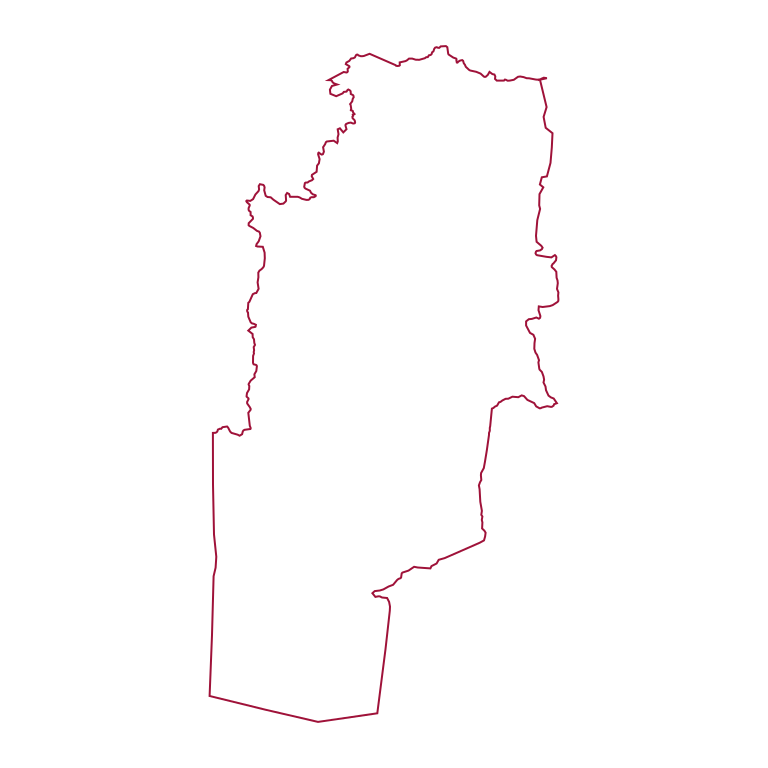 Kadjebi, Volta, Ghana (Mercator projection)
{"feature_id": "2480657B29295475961782", "entity_name": "Kadjebi", "entity_type": "district", "adm_level": 2, "iso_a3": "GHA", "parent_name": "Ghana", "parent_adm1": "Volta", "projection": "mercator", "projection_center": [0.51, 7.718], "detail": "fine", "context": "isolated", "style": "outline", "palette": "rose", "viewbox_px": 768, "rotation_deg": 0, "n_neighbors": 0, "source": "geoboundaries", "source_scale": "gbopen_adm2", "svg_char_len": 6006}
<svg xmlns="http://www.w3.org/2000/svg" viewBox="0 0 768 768"><path d="M539.9,79.4L537.3,79.7L535.5,79.5L529.2,78.3L526.6,78.2L523.6,77.1L520.1,76.5L518.0,76.8L513.8,79.8L509.7,80.6L507.6,80.7L505.7,79.7L504.8,79.6L504.1,80.5L503.4,80.6L496.8,80.6L495.0,78.9L495.3,76.4L494.4,74.5L492.4,74.1L489.5,71.9L487.8,74.9L485.7,76.8L484.7,76.9L483.9,76.6L480.6,73.6L476.2,71.8L470.2,70.5L469.1,69.9L465.8,66.8L464.9,64.7L463.8,63.3L463.1,60.8L462.2,60.1L460.0,60.6L458.4,61.6L457.5,62.6L456.8,62.5L456.4,60.5L456.5,59.1L456.0,58.5L453.3,57.6L448.6,54.5L448.2,53.7L447.3,47.2L445.9,46.1L440.7,46.4L439.3,47.8L438.1,47.8L436.7,47.2L435.2,47.6L434.3,48.7L433.4,51.4L432.1,52.3L431.6,54.1L430.6,55.0L428.9,55.3L427.8,57.1L426.2,57.2L424.9,58.2L419.3,59.8L415.7,59.7L412.2,58.6L409.0,58.6L407.0,60.3L405.5,61.1L399.7,62.4L399.8,65.3L399.1,65.8L397.5,66.0L396.1,65.8L395.7,65.2L369.6,53.8L363.8,56.0L362.2,56.2L360.8,56.2L358.4,55.4L357.6,54.6L356.6,54.7L356.0,55.2L354.9,57.4L353.4,58.2L351.1,58.5L349.3,60.9L346.4,62.5L345.8,64.1L349.3,66.2L349.5,66.7L349.4,67.2L347.6,68.8L347.8,71.4L347.3,72.2L346.4,72.5L343.7,72.0L328.5,80.1L330.9,80.2L332.0,81.0L332.7,82.4L334.3,83.5L337.2,84.5L331.9,86.0L329.9,89.7L330.4,93.8L336.2,96.2L342.6,93.4L343.8,91.9L346.5,91.6L347.6,89.9L348.3,89.5L349.8,90.3L350.6,91.2L350.8,94.0L353.0,95.1L353.4,95.6L353.7,97.2L352.8,98.7L352.2,101.4L350.1,104.1L350.6,104.8L351.2,108.5L350.8,110.2L351.2,110.5L352.3,110.6L352.8,111.0L353.2,112.8L354.4,113.7L354.5,114.2L352.8,114.8L353.1,115.9L352.4,116.7L352.6,118.2L354.4,120.0L354.9,121.1L355.1,122.5L354.8,123.2L353.8,123.5L352.7,123.4L350.9,122.6L348.6,122.9L346.1,124.0L345.5,124.9L345.5,125.7L346.5,129.2L343.3,132.4L339.9,128.3L337.7,129.3L338.5,134.2L337.6,137.6L337.8,141.4L337.2,143.1L333.7,140.7L326.8,141.5L325.9,142.2L325.1,144.2L323.1,147.2L323.9,151.7L322.9,154.2L321.8,154.6L320.6,154.0L318.8,152.6L318.3,153.0L318.1,154.3L319.6,159.1L318.9,163.3L317.1,165.6L316.6,171.8L312.0,174.8L311.7,176.2L313.2,179.0L312.0,180.2L309.0,181.4L307.6,182.5L305.6,182.6L304.9,183.1L304.2,186.8L304.6,187.8L305.5,188.6L310.0,190.7L311.0,192.7L312.8,194.3L315.6,195.2L315.8,195.8L315.5,196.3L313.8,197.2L311.5,197.2L310.3,197.7L309.7,199.0L308.6,199.8L306.4,199.9L301.9,198.8L299.6,197.4L297.7,196.8L290.1,196.8L289.1,194.0L287.1,193.0L285.7,195.1L286.1,200.4L285.8,201.3L283.4,203.6L279.8,204.1L273.4,199.7L270.7,197.3L267.5,197.0L265.7,195.8L264.2,190.3L264.6,187.4L264.1,185.8L263.3,184.9L259.9,184.2L258.7,186.1L259.1,189.4L258.5,191.1L255.4,194.5L253.1,199.1L250.3,200.9L246.9,200.5L246.3,201.1L246.9,202.2L249.6,204.6L249.7,205.6L248.6,208.1L248.6,209.8L249.0,210.7L250.6,212.0L250.6,215.2L252.6,216.5L253.0,218.0L252.9,218.9L248.7,223.2L248.6,225.2L249.3,225.9L253.3,228.0L257.0,230.9L259.0,231.6L259.8,232.7L260.5,236.2L258.7,241.3L256.6,244.1L256.1,246.0L257.4,246.5L262.8,246.8L264.6,252.6L264.8,258.3L264.0,265.9L263.3,267.3L261.6,269.1L259.5,270.6L258.3,272.6L258.4,277.3L257.6,282.4L258.6,288.8L256.3,293.0L254.8,293.2L252.8,294.2L249.4,301.8L248.3,302.8L247.9,309.2L247.3,309.7L247.1,310.8L247.4,311.8L248.0,312.5L248.3,316.7L250.7,322.3L252.0,323.4L253.8,323.8L255.9,324.8L255.6,326.6L255.2,326.9L251.4,327.6L248.3,330.6L252.6,334.0L252.7,337.2L254.0,339.3L254.3,342.9L255.0,344.9L253.7,347.1L254.1,350.3L253.7,352.1L254.0,353.4L253.1,355.9L253.0,362.9L253.6,364.3L256.0,364.9L256.6,365.4L256.9,366.2L256.3,371.0L254.4,374.3L254.7,377.2L250.7,380.6L248.7,383.9L248.6,384.5L249.3,386.0L249.1,389.4L247.0,393.0L246.6,395.9L246.6,396.6L248.4,398.3L248.6,399.0L247.1,402.0L247.2,403.5L249.7,407.0L250.7,408.9L250.6,409.8L248.3,412.8L249.8,425.8L250.7,428.1L250.4,429.0L244.6,429.8L243.5,430.4L242.8,431.4L242.1,434.2L239.6,435.7L237.7,434.7L231.5,432.9L230.1,431.5L228.1,427.6L227.1,426.5L222.5,427.2L221.2,428.8L220.0,428.7L217.9,429.6L217.3,431.5L216.5,432.3L215.5,432.8L212.9,432.9L213.0,484.6L214.0,534.5L216.3,556.8L215.6,567.7L213.6,576.2L212.0,635.1L209.6,696.0L265.4,709.7L318.0,721.9L377.3,713.3L385.5,649.2L389.8,610.8L390.0,606.6L389.1,601.9L387.1,598.0L382.0,597.5L379.9,596.4L378.4,596.3L375.4,596.9L372.4,593.2L374.7,591.1L379.8,590.5L383.4,589.4L388.6,586.5L393.1,584.8L397.1,580.0L398.5,578.9L400.5,578.2L401.1,577.5L401.7,573.4L402.4,572.6L408.5,570.6L414.1,566.8L417.7,567.5L430.4,568.4L431.5,566.1L436.6,563.5L438.7,559.8L444.7,558.1L479.8,542.7L484.0,540.4L485.1,536.5L485.6,532.7L484.4,530.7L482.1,528.5L482.4,522.4L481.8,519.9L482.4,516.5L481.3,514.8L481.9,510.9L480.3,501.8L479.6,489.3L478.9,485.4L480.0,482.3L481.3,480.0L480.9,475.2L481.1,473.0L483.8,468.1L484.9,462.1L486.8,450.5L489.0,434.9L489.0,433.0L489.8,430.8L489.8,427.9L490.2,426.1L491.9,408.6L493.4,408.0L494.8,406.7L497.1,405.6L499.0,402.3L500.5,401.9L502.3,400.5L505.6,398.8L508.3,398.7L512.4,396.7L518.3,397.2L521.7,395.4L524.0,396.1L527.4,399.9L534.2,403.1L536.2,406.4L539.6,408.3L540.7,408.2L541.8,407.6L547.2,406.2L551.0,406.9L551.9,406.8L553.6,405.6L554.1,404.2L556.9,403.2L553.7,398.5L550.9,397.4L548.5,395.6L546.0,390.2L545.5,386.5L543.5,382.5L544.1,379.7L543.5,376.4L541.9,372.0L539.6,369.6L539.3,368.8L538.4,362.4L539.0,360.2L537.1,354.9L535.5,352.6L534.3,348.8L534.5,343.1L535.1,338.8L533.4,334.8L530.0,332.9L526.1,325.5L526.1,321.4L528.8,319.2L531.9,318.9L536.3,317.5L538.9,318.7L540.1,317.8L540.4,316.1L538.5,310.2L538.8,306.4L542.7,307.0L549.8,306.1L552.7,305.1L557.6,301.9L558.3,300.9L558.4,299.2L558.1,295.7L558.4,292.4L557.0,288.9L557.8,283.2L557.5,280.4L556.6,277.8L556.3,271.8L554.5,269.5L551.8,267.1L551.6,265.9L552.7,263.9L553.4,263.5L556.0,260.3L556.4,257.2L555.9,256.1L554.9,255.1L551.4,257.4L546.3,256.8L537.1,255.2L536.1,254.5L535.5,253.2L536.0,251.6L536.6,251.0L540.1,250.4L541.9,249.1L542.6,247.7L541.3,245.8L536.6,241.8L536.0,235.8L537.3,220.1L540.1,208.9L539.2,205.4L539.5,194.1L543.3,187.3L539.9,184.5L541.8,177.3L546.9,176.4L550.5,162.9L551.8,147.6L552.5,133.2L545.7,127.8L543.6,116.9L546.6,107.1L539.9,79.4ZM546.9,78.2L543.8,77.7L541.0,78.9L540.4,79.6L546.9,78.2Z" fill="none" stroke="#9f1239" stroke-width="2"/></svg>